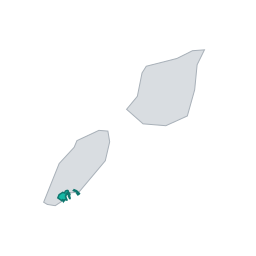 location of Vaa o Fonoti, Samoa, rotated 112°
{"feature_id": "51752279B29729282307798", "entity_name": "Vaa o Fonoti", "entity_type": "district", "adm_level": 2, "iso_a3": "WSM", "parent_name": "Samoa", "parent_adm1": "", "projection": "robinson", "projection_center": [-171.548, -13.927], "detail": "fine", "context": "in_parent", "style": "filled", "palette": "teal", "viewbox_px": 256, "rotation_deg": 112, "n_neighbors": 0, "source": "geoboundaries", "source_scale": "gbopen_adm2", "svg_char_len": 3014}
<svg xmlns="http://www.w3.org/2000/svg" viewBox="0 0 256 256"><g transform="rotate(112 128 128)"><path d="M94.6,77.5L111.7,93.8L118.5,115.6L111.2,136.3L95.1,131.2L71.7,135.6L63.9,134.2L45.2,108.7L32.2,97.2L26.9,86.4L43.5,87.6L67.6,80.5L94.6,77.5ZM228.4,178.4L186.7,178.5L166.1,170.7L158.8,170.6L141.1,154.1L138.4,145.5L147.7,139.8L166.9,136.8L205.6,149.4L211.5,160.4L220.4,161.6L227.3,166.4L229.1,174.2L228.4,178.4Z" fill="#d9dde1" stroke="#a8b0b8" stroke-width="1"/><path d="M211.2,162.5L212.0,162.5L212.1,164.4L213.7,165.5L214.9,166.4L215.7,166.9L219.1,166.9L220.2,161.9L219.9,161.9L219.6,162.0L219.3,162.0L219.2,161.9L218.9,161.8L218.8,161.7L219.0,161.3L219.0,161.2L219.1,160.9L219.3,160.7L219.5,160.5L219.6,160.4L219.8,160.4L220.0,160.3L220.2,160.2L219.9,160.1L219.7,160.2L219.4,160.2L219.2,160.1L219.3,159.9L219.2,159.8L219.1,159.7L218.9,159.8L218.7,159.9L218.5,160.0L218.4,160.0L218.3,159.9L218.2,159.8L218.2,159.7L218.0,159.4L217.9,159.3L217.8,159.2L217.7,159.1L217.7,158.8L217.8,158.7L217.8,158.4L217.9,158.2L217.8,157.9L217.7,158.0L217.7,157.9L217.4,158.0L217.3,157.9L217.2,157.9L217.2,158.0L217.0,158.3L216.8,158.4L216.8,158.5L216.7,158.7L216.5,158.8L216.4,158.9L216.2,158.9L216.1,159.0L215.9,159.3L215.7,159.4L215.6,159.5L215.3,159.6L215.4,159.9L215.4,160.0L215.2,160.1L214.9,160.2L214.7,160.3L214.8,160.3L214.7,160.3L214.7,160.2L214.6,160.4L214.4,160.5L214.1,160.5L213.9,160.5L213.9,160.4L213.7,160.3L213.6,160.2L213.5,160.3L213.4,160.3L213.2,160.4L212.9,160.4L212.7,160.4L212.4,160.4L212.2,160.5L212.2,160.4L212.1,160.5L212.0,160.4L211.9,160.5L211.3,160.2L210.8,160.1L211.1,159.5L211.2,159.3L211.3,159.3L211.4,159.2L211.5,159.0L211.6,158.9L211.9,158.7L212.0,158.7L212.3,158.4L212.5,158.3L212.5,158.2L212.8,158.0L212.9,157.9L213.0,157.8L213.1,157.7L213.3,157.7L213.6,157.5L213.8,157.5L213.9,157.3L214.0,157.1L214.2,156.9L214.3,156.8L214.3,156.7L214.5,156.5L214.6,156.4L214.8,156.2L215.0,156.1L215.2,155.8L215.2,155.7L215.3,155.6L215.5,155.4L215.6,155.2L215.5,155.3L215.4,155.4L215.3,155.5L215.2,155.5L215.1,155.3L214.9,155.4L214.7,155.5L214.4,155.6L213.9,155.9L213.3,156.5L212.8,156.8L211.9,156.9L211.7,156.9L211.5,157.0L211.2,157.0L210.9,157.7L210.2,157.8L210.3,158.7L209.1,159.6L208.7,159.9L208.6,160.1L208.5,160.3L208.5,160.6L208.6,160.9L208.8,161.2L209.0,161.5L209.4,161.9L209.7,162.2L210.0,162.4L211.2,162.5ZM208.2,150.4L208.4,150.0L208.4,149.9L208.5,149.7L208.8,149.4L208.7,149.3L208.5,149.2L208.4,149.2L208.1,149.1L207.9,148.8L207.7,148.8L207.5,148.6L207.4,148.5L207.1,148.4L206.9,148.4L206.8,148.7L206.7,148.9L206.7,149.2L206.5,149.6L206.3,150.0L206.1,150.5L206.0,150.8L205.8,151.2L205.7,151.4L205.6,151.6L205.5,152.0L205.4,152.8L205.5,154.6L205.4,154.6L205.4,154.8L205.5,154.8L205.8,155.0L206.2,155.1L206.5,155.2L206.5,152.8L206.5,152.1L206.6,151.8L206.8,151.4L207.0,150.9L207.1,150.6L207.2,150.4L207.2,150.1L207.2,149.9L207.2,149.5L207.2,149.4L207.3,149.4L207.4,149.2L207.5,149.2L207.7,149.4L207.8,149.5L208.1,150.1L208.2,150.4Z" fill="#14b8a6" stroke="#0f766e" stroke-width="1.5"/></g></svg>